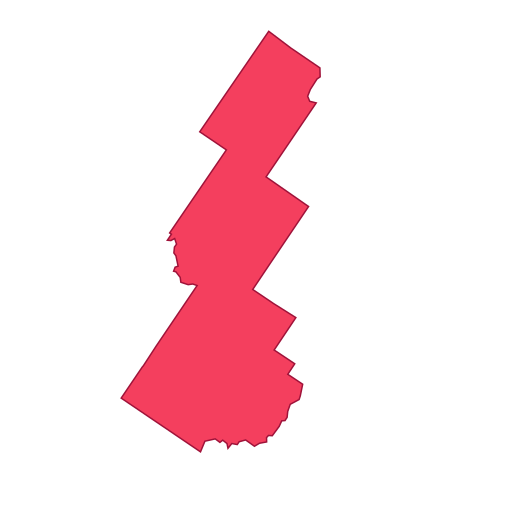 Powell, Montana, United States of America, rotated 34°
{"feature_id": "52423323B29288838375907", "entity_name": "Powell", "entity_type": "district", "adm_level": 2, "iso_a3": "USA", "parent_name": "United States of America", "parent_adm1": "Montana", "projection": "albers", "projection_center": [-112.818, 46.933], "detail": "fine", "context": "isolated", "style": "filled", "palette": "rose", "viewbox_px": 512, "rotation_deg": 34, "n_neighbors": 0, "source": "geoboundaries", "source_scale": "gbopen_adm2", "svg_char_len": 988}
<svg xmlns="http://www.w3.org/2000/svg" viewBox="0 0 512 512"><g transform="rotate(34 256 256)"><path d="M140.9,62.6L139.9,184.5L172.1,184.6L171.5,285.2L173.7,285.2L173.7,292.5L176.8,290.8L178.8,287.0L183.5,290.6L183.4,294.2L186.2,299.4L189.5,300.6L197.1,308.0L195.2,310.5L196.2,314.7L198.4,313.9L205.1,316.1L208.4,319.8L215.8,317.7L219.2,314.6L223.7,313.4L223.6,386.3L224.0,410.0L223.8,411.6L223.7,449.2L319.5,449.4L317.2,438.1L324.5,430.4L330.3,430.7L331.4,427.3L336.8,427.7L340.3,431.1L340.8,425.0L345.9,422.8L345.9,419.4L350.3,414.3L361.1,414.6L363.6,409.3L368.8,404.2L366.3,400.7L366.7,397.8L370.0,395.9L370.5,384.3L369.5,378.3L372.1,376.2L372.0,372.3L369.2,367.1L367.3,359.8L372.0,350.9L370.9,347.1L366.4,336.2L348.5,336.3L348.4,323.7L323.6,323.8L323.5,284.8L297.2,285.6L272.0,285.6L271.9,254.4L271.9,185.6L220.1,184.8L220.3,95.4L214.0,97.7L209.5,94.7L207.9,87.4L207.6,75.2L209.0,71.6L203.8,64.3L168.4,64.1L140.9,62.6Z" fill="#f43f5e" stroke="#9f1239" stroke-width="1.5"/></g></svg>